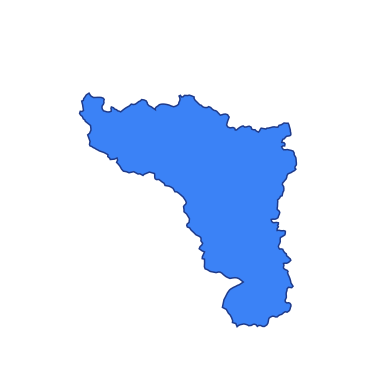 Aimorés, Minas Gerais, Brazil (Robinson projection), rotated 115°
{"feature_id": "56859067B19214757197115", "entity_name": "Aimorés", "entity_type": "district", "adm_level": 2, "iso_a3": "BRA", "parent_name": "Brazil", "parent_adm1": "Minas Gerais", "projection": "robinson", "projection_center": [-41.221, -19.66], "detail": "fine", "context": "isolated", "style": "filled", "palette": "blue", "viewbox_px": 384, "rotation_deg": 115, "n_neighbors": 0, "source": "geoboundaries", "source_scale": "gbopen_adm2", "svg_char_len": 5771}
<svg xmlns="http://www.w3.org/2000/svg" viewBox="0 0 384 384"><g transform="rotate(115 192 192)"><path d="M286.2,76.0L284.8,75.2L283.9,73.3L284.0,71.3L283.3,69.6L282.1,68.8L280.7,68.0L278.7,67.8L276.9,68.2L275.6,68.6L274.0,68.9L272.4,68.2L270.6,66.7L270.0,65.1L269.9,63.4L269.1,61.9L267.4,61.3L265.9,60.1L265.0,59.0L263.7,58.4L262.4,57.8L261.1,56.9L260.7,55.0L259.1,54.0L257.9,53.6L256.4,53.7L255.0,54.0L253.5,54.1L252.2,54.9L251.5,56.2L251.5,57.6L252.5,59.2L252.1,61.0L250.7,61.9L249.3,61.9L247.8,61.9L246.1,62.7L244.6,63.6L243.1,64.1L241.3,64.3L239.5,64.9L237.6,64.3L237.1,62.8L236.6,61.2L234.7,60.6L233.7,62.2L232.6,63.9L230.8,65.2L229.0,66.8L227.5,68.4L226.3,69.9L224.8,71.3L223.4,71.4L222.8,72.7L222.9,74.7L222.5,76.7L221.4,77.4L219.6,77.7L218.1,78.9L217.2,77.6L216.5,76.0L215.2,74.9L213.9,74.2L212.1,73.6L211.1,74.7L210.7,76.2L210.2,77.6L209.8,79.3L208.2,80.4L207.8,82.4L206.7,84.3L205.6,85.5L205.8,86.9L206.7,88.6L205.8,89.9L204.7,90.8L202.9,90.9L201.1,90.8L199.5,91.1L197.7,92.1L195.9,92.6L194.4,91.5L192.9,90.5L191.5,89.7L189.7,90.1L188.1,90.8L188.2,92.5L189.0,93.8L189.6,95.4L189.9,97.0L190.9,98.6L189.1,99.4L187.0,99.0L186.0,100.4L184.7,100.1L183.4,100.7L183.9,102.7L184.8,104.1L185.5,105.6L185.0,107.4L183.4,108.6L182.5,107.4L181.6,105.3L180.3,104.0L178.9,103.2L176.8,103.5L175.1,103.5L173.3,103.9L172.2,105.5L171.9,107.3L170.6,108.0L169.3,108.3L167.8,108.9L166.2,109.6L164.5,110.2L163.0,111.1L161.6,110.4L160.0,110.0L158.5,110.0L157.3,108.7L155.1,109.3L153.4,109.5L152.0,109.4L150.2,110.1L148.3,111.3L147.2,113.2L145.4,113.7L144.0,113.2L142.4,112.8L140.3,112.2L138.5,112.4L136.9,112.9L134.8,112.6L133.6,111.4L132.5,110.4L130.9,109.4L129.2,108.1L127.4,107.5L126.8,108.9L125.2,109.3L123.3,108.9L121.5,109.7L120.4,110.4L119.1,111.1L117.9,111.8L116.8,112.6L116.0,113.8L115.0,115.2L113.5,115.9L112.2,117.6L112.4,119.8L112.9,121.9L113.2,123.5L114.1,124.9L115.0,126.9L114.0,128.9L113.1,129.9L111.7,129.0L111.1,127.5L109.2,128.0L108.4,129.5L109.1,131.6L107.6,131.9L105.9,132.0L104.7,130.8L103.1,130.5L101.5,129.8L100.5,128.3L99.6,127.1L98.4,126.6L96.8,127.4L95.6,128.4L94.4,129.0L93.3,129.9L91.8,131.2L90.2,132.5L89.0,133.9L89.8,135.5L90.6,137.8L92.1,138.7L93.2,139.4L94.8,141.3L97.0,141.6L97.7,143.2L98.2,145.0L99.0,146.4L100.3,147.9L101.7,149.6L102.5,151.1L103.7,151.7L104.3,154.0L104.9,156.3L106.3,156.6L107.9,156.6L109.6,157.0L109.6,159.4L108.9,161.2L109.6,162.6L109.8,164.4L108.2,165.9L108.2,168.0L109.1,169.2L110.0,170.1L110.9,171.8L110.5,173.6L111.6,174.8L112.9,175.8L114.3,176.6L115.5,177.2L116.9,177.8L117.5,179.0L116.2,180.2L116.2,182.1L117.0,183.4L117.8,184.6L117.9,187.1L116.7,188.9L115.4,189.2L113.8,189.5L112.2,189.7L110.5,189.8L108.4,190.0L107.7,191.3L106.9,192.4L107.2,194.6L108.2,196.3L109.5,197.7L110.4,198.8L109.8,200.3L109.2,201.8L108.5,203.4L108.3,204.8L108.7,206.8L108.3,208.8L107.5,210.8L107.6,213.0L108.8,213.7L109.6,215.0L110.2,216.8L110.2,218.5L109.5,220.2L109.7,221.8L109.0,223.8L108.3,225.7L107.5,228.0L106.2,229.8L105.0,230.2L105.0,232.0L105.1,233.6L105.4,235.5L106.4,236.6L106.9,237.9L107.6,239.6L109.5,240.3L110.3,241.6L109.3,243.4L110.5,244.3L111.6,243.1L112.7,242.2L114.3,241.7L116.4,241.7L118.2,241.3L120.0,242.2L121.6,243.6L122.5,244.7L122.8,246.8L122.9,249.5L123.3,251.7L124.0,254.1L124.8,255.9L125.5,257.1L126.7,258.5L128.5,259.3L130.1,260.3L131.8,260.7L132.9,260.0L132.5,262.5L132.0,264.8L132.0,267.4L131.2,269.4L130.0,270.3L128.8,272.0L128.8,274.2L129.5,276.7L131.2,277.3L132.6,278.5L134.4,279.4L136.4,280.5L137.5,282.1L138.0,284.2L139.4,284.7L140.7,285.3L142.3,286.5L143.9,287.6L145.3,288.4L146.8,289.2L148.3,289.9L149.5,290.5L149.5,291.9L149.8,293.6L149.3,295.2L149.5,297.2L148.8,298.8L149.0,301.0L150.5,300.8L151.6,299.9L153.0,299.4L154.5,300.9L155.3,302.8L155.6,305.0L155.8,306.5L154.7,308.4L153.1,309.5L151.6,309.8L150.2,309.4L148.3,309.5L146.9,310.4L145.2,310.7L144.5,312.1L144.7,314.4L145.4,316.0L146.2,317.7L147.1,319.4L148.0,321.2L147.8,323.9L147.0,325.5L145.9,327.1L148.6,328.8L151.2,329.2L153.1,329.6L155.0,329.2L156.2,330.4L157.5,329.4L159.2,328.0L164.0,324.8L165.5,325.7L166.1,327.4L168.3,327.1L169.4,325.4L169.9,323.3L171.6,321.5L172.0,319.5L173.0,318.6L174.6,312.1L177.3,310.4L178.7,309.7L180.6,309.7L182.0,309.6L184.3,310.7L189.2,305.8L192.3,305.0L193.3,303.9L193.1,302.2L193.5,300.2L193.4,298.5L193.7,297.0L193.7,295.2L193.9,293.4L193.4,288.3L193.7,284.0L195.5,283.3L196.1,281.0L197.1,279.8L195.0,276.2L192.9,274.3L194.5,272.9L197.0,272.9L197.9,270.6L199.0,268.3L201.0,265.6L202.1,263.0L201.3,259.9L201.2,257.2L198.2,253.4L198.4,250.3L198.5,248.5L197.5,246.9L197.7,243.4L196.2,242.9L191.9,239.0L191.1,233.8L192.7,232.8L194.1,232.2L195.5,231.1L195.8,229.5L194.6,227.2L195.5,223.5L195.9,220.9L197.5,219.2L196.4,215.2L196.4,213.0L196.7,210.7L199.0,207.6L198.3,205.9L198.6,203.7L200.3,197.8L202.6,194.1L204.1,192.6L205.9,192.6L207.2,193.3L208.8,193.5L211.3,191.8L213.3,190.9L214.2,187.6L217.3,183.0L220.8,181.8L223.2,182.9L224.6,182.6L225.7,181.4L225.5,179.0L226.9,176.7L228.0,173.2L229.1,170.4L229.1,166.6L229.5,164.9L230.7,163.9L232.5,163.3L233.9,160.7L235.9,160.7L238.1,161.6L240.4,161.5L240.7,159.9L241.1,157.9L241.0,155.3L246.2,155.3L248.1,154.6L247.6,152.3L250.8,150.7L254.5,149.2L256.1,147.6L255.9,145.3L256.3,141.9L255.6,139.1L254.9,136.1L253.2,134.0L252.7,132.5L252.9,130.6L253.6,128.6L254.3,125.7L254.4,124.1L254.3,121.1L252.8,119.0L251.5,116.9L250.8,114.9L250.7,112.6L251.5,109.2L251.9,107.5L256.0,109.9L257.4,111.3L259.3,112.7L260.9,114.1L263.7,116.0L265.1,116.6L268.3,117.2L270.8,117.3L273.7,117.4L276.1,117.5L283.7,115.7L283.9,111.3L286.5,107.7L287.3,105.5L289.1,103.1L291.5,100.7L293.2,100.2L292.7,96.7L295.0,94.2L293.2,93.4L291.9,92.2L289.6,89.2L289.2,87.1L289.0,85.5L289.2,84.1L287.8,81.8L286.1,80.7L285.4,79.5L285.2,77.9L286.2,76.0Z" fill="#3b82f6" stroke="#1e3a8a" stroke-width="1.5"/></g></svg>